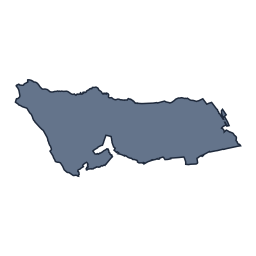 outline of Deleni, Iasi, Romania
{"feature_id": "2599482B9062650452312", "entity_name": "Deleni", "entity_type": "district", "adm_level": 2, "iso_a3": "ROU", "parent_name": "Romania", "parent_adm1": "Iasi", "projection": "orthographic", "projection_center": [26.854, 47.467], "detail": "fine", "context": "isolated", "style": "filled", "palette": "slate", "viewbox_px": 256, "rotation_deg": 0, "n_neighbors": 0, "source": "geoboundaries", "source_scale": "gbopen_adm2", "svg_char_len": 5724}
<svg xmlns="http://www.w3.org/2000/svg" viewBox="0 0 256 256"><path d="M75.0,175.4L75.6,175.2L77.0,175.5L77.8,176.1L78.4,176.2L78.1,175.6L78.5,175.6L78.6,175.0L79.1,174.5L78.9,174.1L79.0,173.8L79.0,172.8L78.5,171.7L78.0,171.7L77.8,171.5L77.8,170.9L78.1,170.0L78.3,169.8L80.2,169.0L81.2,168.0L83.4,166.7L82.7,165.8L83.2,164.6L85.1,163.1L86.6,162.3L87.2,162.9L88.0,164.2L87.6,164.7L87.8,165.1L87.6,165.6L88.1,166.7L87.9,167.2L86.8,167.3L86.7,168.2L86.2,168.5L86.4,169.8L86.9,170.0L87.6,169.4L88.9,168.9L89.8,169.0L91.2,168.7L91.6,169.0L93.3,168.8L93.4,168.5L93.8,168.4L94.5,167.9L95.1,167.9L95.8,167.3L96.5,167.2L96.8,166.8L98.5,167.2L99.0,166.9L99.8,167.1L100.4,166.5L101.6,165.7L102.6,166.0L103.7,165.2L104.3,165.2L105.0,165.4L105.3,164.6L106.3,164.0L106.3,163.7L106.8,163.2L110.9,158.2L112.4,156.7L111.7,155.9L112.0,155.6L112.0,155.2L111.2,154.7L110.9,154.8L109.9,153.9L110.0,153.4L109.8,153.0L108.9,152.4L108.9,151.2L108.3,149.5L108.1,149.2L107.8,149.5L107.4,148.9L106.9,148.8L106.8,149.0L106.7,149.0L105.5,149.9L104.0,150.6L102.4,151.9L99.9,153.4L99.6,153.2L99.3,153.6L98.5,153.9L98.3,154.2L98.1,154.2L97.7,153.6L97.2,153.6L96.2,154.2L94.9,153.9L92.9,151.0L94.4,149.7L97.6,147.8L97.9,147.2L98.9,146.6L101.4,145.4L102.3,145.3L102.6,145.0L102.9,144.0L103.5,142.5L103.8,141.3L105.9,135.3L107.3,135.5L111.1,136.5L111.3,137.0L111.2,137.6L111.6,138.7L111.7,140.3L112.0,141.4L112.0,142.3L112.9,144.9L113.3,145.9L113.5,146.4L113.5,146.8L115.2,148.2L114.1,150.1L114.4,150.2L114.3,150.4L116.5,152.4L117.1,151.8L118.6,152.8L117.9,153.7L119.9,154.1L122.3,154.9L124.6,156.0L124.8,155.5L125.3,155.8L125.8,155.7L128.1,157.4L130.0,158.1L131.4,158.3L132.8,159.5L134.3,159.5L137.0,160.4L137.5,161.1L137.4,161.7L137.5,162.0L139.0,162.9L141.7,162.8L143.0,163.2L143.3,162.5L144.3,162.8L144.2,163.8L147.9,161.7L151.4,160.5L151.4,160.0L152.7,159.7L152.8,160.1L154.3,159.7L155.8,159.4L157.2,158.6L157.8,159.2L159.1,159.1L159.6,158.8L159.7,158.5L159.5,158.1L162.8,157.1L163.6,157.4L165.0,159.6L167.9,159.4L170.7,158.8L170.5,158.2L171.9,158.0L179.1,157.5L183.8,157.0L184.6,158.5L185.5,161.2L185.7,162.0L185.7,164.3L188.5,164.6L190.9,164.2L195.8,164.0L196.4,163.9L197.4,163.2L197.4,162.8L197.6,162.6L197.2,159.7L197.0,159.1L197.0,158.3L198.1,157.7L199.5,156.5L200.4,156.1L201.2,155.5L201.8,156.2L202.1,156.4L203.1,155.7L202.5,155.4L203.3,154.7L204.1,154.4L209.5,151.5L209.8,152.0L215.8,150.8L217.4,150.6L223.0,149.2L223.6,149.4L226.6,148.6L237.9,146.2L240.6,145.8L240.2,145.1L239.4,144.3L238.2,144.1L237.8,143.2L237.3,142.7L237.2,141.9L236.0,140.5L236.3,139.0L236.4,137.6L236.3,137.1L235.7,136.3L234.4,135.3L233.7,134.2L233.0,133.3L231.9,132.7L231.1,132.5L230.6,132.1L229.8,132.1L227.6,130.7L226.3,130.1L224.2,132.0L224.2,131.2L223.7,129.8L222.4,128.5L221.5,128.2L221.6,127.9L222.9,126.7L223.9,126.0L226.1,125.1L224.7,122.2L225.1,122.2L226.9,126.1L227.8,125.6L227.9,125.9L229.1,125.6L228.5,124.2L227.5,121.8L224.4,116.5L226.2,114.8L222.5,109.3L221.4,110.8L221.5,111.4L221.5,113.2L222.3,115.9L223.5,117.4L223.0,118.1L223.6,119.3L223.1,119.2L221.7,116.9L220.8,115.8L220.0,114.2L219.6,113.7L219.1,113.6L218.9,113.4L218.7,112.3L218.2,111.4L217.6,110.7L217.4,109.6L216.5,108.9L211.6,102.4L208.8,103.3L206.8,104.2L202.8,98.8L198.6,100.8L197.2,101.1L196.5,101.4L193.2,100.4L190.9,100.3L189.6,99.7L187.4,98.2L187.0,98.4L186.1,98.5L185.4,98.3L184.8,98.5L181.7,97.7L179.3,98.1L178.4,98.0L175.5,99.3L174.5,100.4L172.0,102.2L170.6,102.8L169.5,102.9L169.1,102.6L166.2,102.0L164.5,101.1L157.4,103.0L156.8,102.6L153.3,103.1L141.9,103.6L138.6,103.4L137.5,103.1L137.4,103.4L137.0,103.4L136.1,103.0L135.5,103.2L135.3,102.9L134.8,102.8L134.6,102.3L134.3,102.2L133.9,101.4L133.6,101.2L133.2,101.2L133.1,100.9L132.8,100.5L132.2,100.3L131.3,99.5L130.8,99.5L130.2,99.1L130.0,99.3L128.3,98.6L127.2,99.8L127.2,100.0L125.3,100.0L124.8,100.2L124.7,100.0L123.2,100.1L121.5,99.8L120.4,99.8L119.0,99.2L117.7,99.1L115.7,99.8L114.9,99.5L114.5,99.6L113.4,99.1L112.2,98.2L111.8,97.7L111.4,97.6L110.2,97.8L109.3,97.8L108.7,97.4L108.4,97.0L108.7,94.8L108.0,93.7L106.7,93.1L106.4,93.5L106.2,93.9L105.8,93.4L105.5,93.7L105.0,93.4L104.9,93.8L104.4,93.8L103.8,93.3L103.3,94.0L103.0,94.0L102.2,93.3L101.4,91.9L100.5,91.1L99.1,90.2L98.6,89.5L98.0,88.2L96.5,87.3L95.9,87.1L94.8,87.4L92.4,87.4L91.7,88.7L90.9,88.5L90.4,88.6L90.1,88.9L89.6,88.9L88.7,90.0L87.9,90.2L86.6,91.0L86.1,92.0L85.8,92.3L85.4,92.5L84.3,92.1L83.0,92.3L82.9,92.4L83.1,92.8L83.9,92.8L82.9,93.6L82.5,93.7L81.8,94.2L80.9,93.5L80.7,93.2L80.8,93.0L80.5,92.8L80.3,93.5L80.2,94.1L79.5,94.2L79.0,94.0L78.2,94.4L77.2,94.0L75.9,95.2L74.8,94.5L74.4,94.0L72.8,94.4L71.4,94.0L68.1,91.7L66.7,91.2L63.5,91.4L61.5,91.1L60.5,91.4L59.4,91.1L58.6,91.4L57.9,91.0L57.4,91.0L56.5,91.4L54.8,91.4L52.9,92.0L51.1,92.0L50.3,91.8L49.4,91.4L48.8,90.6L47.1,89.5L45.0,89.0L42.9,89.2L41.8,88.7L39.8,86.6L38.8,85.0L37.4,83.3L35.8,82.3L33.7,81.9L33.3,81.7L32.7,81.0L32.1,81.0L31.8,80.6L31.4,80.4L29.6,79.9L28.5,79.8L27.7,79.9L27.7,81.1L27.9,81.9L25.6,83.3L25.2,83.4L24.3,83.9L23.7,84.8L23.3,85.2L22.2,85.3L19.8,85.0L18.8,84.2L18.6,84.2L17.1,85.1L16.7,85.1L16.2,85.7L16.3,86.1L18.0,88.3L18.9,90.3L19.1,91.3L19.9,95.6L19.7,96.8L18.8,97.8L17.6,98.7L16.7,98.7L16.3,99.1L15.7,101.3L15.4,102.1L16.5,103.0L17.6,103.6L18.9,105.0L20.4,105.5L22.4,106.7L26.7,108.1L27.3,108.7L28.0,110.1L29.0,111.6L29.6,112.7L31.3,114.4L32.5,117.0L32.7,118.0L33.6,120.1L34.5,121.1L34.9,121.9L39.8,127.3L41.8,129.3L42.8,130.0L43.5,130.8L47.3,137.7L47.8,139.7L47.9,140.6L48.6,142.0L48.8,143.1L49.2,143.9L49.5,144.9L50.4,146.1L51.3,148.5L51.4,149.4L51.3,149.8L50.0,151.1L52.9,155.8L53.6,157.8L54.8,159.9L55.4,161.5L57.3,162.2L58.4,162.2L60.4,162.8L62.6,166.2L64.2,169.8L66.8,172.1L67.7,172.5L69.1,172.6L73.3,175.5L75.0,175.4Z" fill="#64748b" stroke="#1e293b" stroke-width="1.5"/></svg>